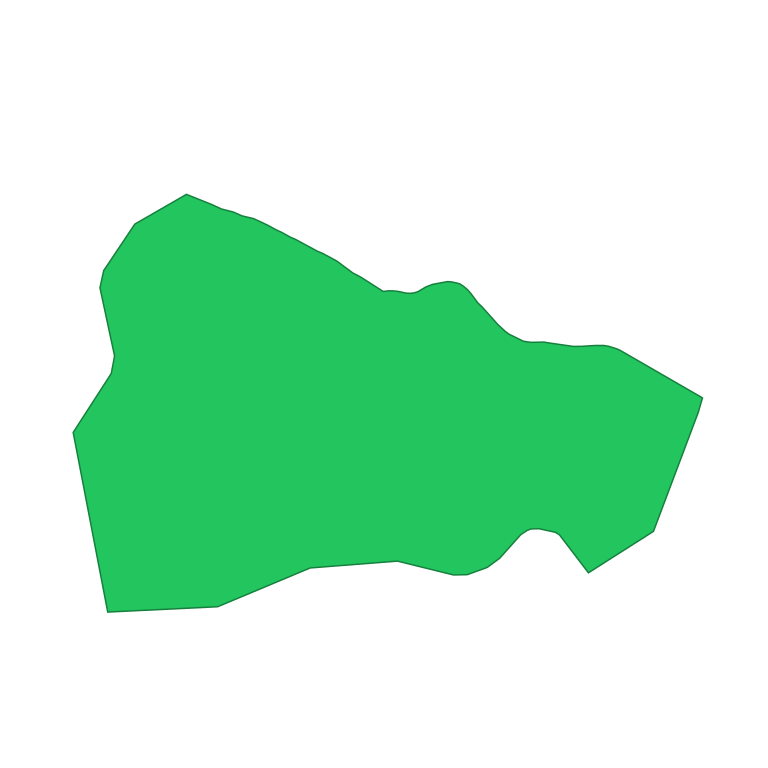 the London Borough of Waltham Forest, rotated 83°
{"feature_id": "GBR-2078", "entity_name": "Waltham Forest", "entity_type": "London Borough", "adm_level": 1, "iso_a3": "GBR", "parent_name": "United Kingdom", "parent_adm1": "", "projection": "robinson", "projection_center": [-0.018, 51.6], "detail": "fine", "context": "isolated", "style": "filled", "palette": "green", "viewbox_px": 768, "rotation_deg": 83, "n_neighbors": 0, "source": "natural_earth", "source_scale": "10m", "svg_char_len": 1080}
<svg xmlns="http://www.w3.org/2000/svg" viewBox="0 0 768 768"><g transform="rotate(83 384 384)"><path d="M292.0,373.6L292.1,367.6L292.8,363.0L293.9,358.3L296.4,351.4L297.2,347.1L297.2,342.8L296.4,338.8L292.8,330.7L291.0,323.5L290.1,308.5L290.9,304.5L292.8,299.0L294.1,296.2L297.1,292.8L300.7,289.5L305.0,286.6L314.9,281.0L319.5,277.2L338.8,263.8L346.6,257.2L349.8,253.8L358.4,240.7L359.6,236.9L360.6,232.8L361.9,220.0L363.1,216.2L369.8,191.4L370.7,183.1L371.5,170.0L372.6,161.0L373.9,156.5L377.5,148.6L379.4,145.5L384.9,138.2L436.6,69.6L450.4,75.5L563.1,134.5L596.3,204.1L555.0,228.3L552.1,231.9L546.5,247.9L545.8,255.9L546.8,259.8L550.2,266.6L571.1,290.5L578.6,303.8L583.4,324.5L582.0,338.3L561.4,392.4L557.6,479.7L584.8,576.3L576.7,686.0L394.2,698.4L340.3,653.4L323.3,648.0L253.9,654.2L237.3,648.4L194.9,611.8L171.7,557.0L185.2,532.5L190.4,524.2L195.0,512.5L199.8,504.5L204.0,493.2L212.2,480.1L217.7,472.5L221.0,467.1L226.4,459.7L229.7,454.2L243.9,434.2L247.1,428.7L256.2,415.9L270.0,401.4L275.5,393.5L292.0,373.6Z" fill="#22c55e" stroke="#15803d" stroke-width="1.5"/></g></svg>